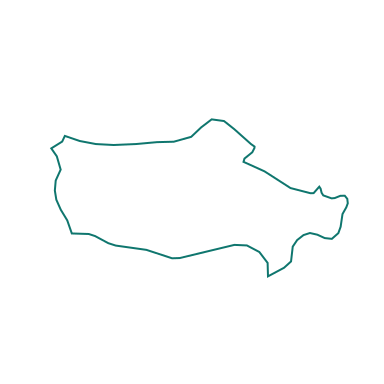 map outline of Pljevlja (Natural Earth projection), rotated 144°
{"feature_id": "MNE-1516", "entity_name": "Pljevlja", "entity_type": "Municipality", "adm_level": 1, "iso_a3": "MNE", "parent_name": "Montenegro", "parent_adm1": "", "projection": "natural_earth1", "projection_center": [19.172, 43.297], "detail": "fine", "context": "isolated", "style": "outline", "palette": "teal", "viewbox_px": 384, "rotation_deg": 144, "n_neighbors": 0, "source": "natural_earth", "source_scale": "10m", "svg_char_len": 947}
<svg xmlns="http://www.w3.org/2000/svg" viewBox="0 0 384 384"><g transform="rotate(144 192 192)"><path d="M180.1,79.1L172.5,90.2L172.8,103.9L179.0,116.5L188.8,124.3L240.8,145.8L247.1,150.1L262.9,172.0L285.2,193.5L289.8,199.8L296.3,213.3L300.2,218.7L313.6,229.1L309.6,242.4L308.6,254.7L306.3,265.5L302.1,273.8L295.5,281.4L285.1,287.3L280.4,300.3L280.2,310.0L267.4,309.1L261.9,312.1L252.9,299.3L241.6,287.3L227.8,276.1L209.1,263.7L191.0,252.9L177.2,243.4L160.2,237.1L146.5,238.9L133.4,239.2L124.4,230.6L120.9,218.1L116.1,196.1L114.7,192.0L115.6,190.9L119.9,188.7L129.9,188.2L132.6,186.1L121.2,166.1L110.0,137.3L96.9,121.4L94.3,119.6L85.9,121.5L86.0,119.1L87.6,115.2L87.8,112.1L82.8,104.8L80.1,103.2L74.2,101.7L70.6,99.2L70.4,95.2L72.6,91.3L76.2,88.9L83.2,85.7L92.2,76.5L97.8,72.7L106.4,71.9L111.7,76.7L115.7,83.8L120.7,89.5L127.1,91.6L135.2,91.3L142.6,88.6L152.7,77.6L162.1,76.6L180.1,79.1Z" fill="none" stroke="#0f766e" stroke-width="2"/></g></svg>